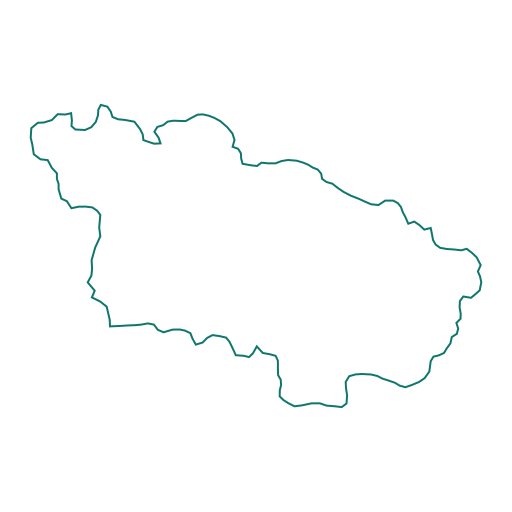 the district of Guaranésia, Minas Gerais, Brazil, rotated 90°
{"feature_id": "56859067B62270278067263", "entity_name": "Guaranésia", "entity_type": "district", "adm_level": 2, "iso_a3": "BRA", "parent_name": "Brazil", "parent_adm1": "Minas Gerais", "projection": "albers", "projection_center": [-46.812, -21.278], "detail": "fine", "context": "isolated", "style": "outline", "palette": "teal", "viewbox_px": 512, "rotation_deg": 90, "n_neighbors": 0, "source": "geoboundaries", "source_scale": "gbopen_adm2", "svg_char_len": 2658}
<svg xmlns="http://www.w3.org/2000/svg" viewBox="0 0 512 512"><g transform="rotate(90 256 256)"><path d="M128.2,480.7L137.8,481.3L144.5,479.7L154.3,478.2L159.3,471.5L160.1,464.3L167.8,460.2L173.3,455.1L178.9,455.1L183.9,453.4L189.3,453.4L198.6,450.7L201.2,445.1L208.2,440.6L206.7,433.4L206.6,426.5L207.4,419.7L210.7,414.9L214.9,411.7L227.5,412.8L236.4,411.7L247.5,416.8L260.2,420.4L268.7,419.9L275.6,420.6L282.4,424.3L290.7,417.3L297.4,420.1L301.6,411.7L306.7,405.3L319.7,402.3L326.4,402.0L325.9,391.3L325.4,383.1L325.2,377.3L324.6,370.7L323.4,364.2L324.6,358.1L329.8,354.2L332.3,348.4L329.6,339.5L329.5,332.2L330.6,327.0L333.2,321.6L338.6,319.5L344.6,316.2L342.6,309.5L337.8,304.7L335.1,299.4L336.1,292.5L337.6,285.9L341.8,282.5L348.2,279.4L355.2,276.2L355.8,268.1L357.1,263.0L353.4,259.1L346.4,255.2L353.0,249.2L354.2,242.3L355.8,236.4L360.7,234.1L368.7,234.1L375.2,233.9L379.6,231.3L385.0,230.9L390.2,232.2L396.4,232.3L400.0,228.6L402.9,224.2L406.3,217.5L405.3,209.7L403.3,200.3L403.3,192.2L405.6,185.5L406.3,176.9L407.1,170.3L403.5,165.5L395.4,164.9L388.2,166.0L382.0,166.3L376.2,162.8L374.4,156.4L374.0,150.2L374.5,140.8L376.0,134.6L378.6,129.6L380.4,123.9L382.7,117.2L385.6,112.4L387.2,106.6L385.0,100.2L382.0,93.0L378.2,87.4L371.6,82.7L361.2,81.3L356.6,78.5L355.4,73.3L353.0,68.0L348.6,65.4L343.4,61.6L337.0,60.2L333.9,55.2L328.6,53.8L322.9,55.6L318.8,51.5L313.6,51.3L307.4,52.4L301.1,52.1L296.5,48.7L297.8,41.0L294.2,36.6L290.3,32.3L282.3,30.7L276.3,32.0L271.5,34.1L265.1,31.3L257.3,35.4L253.0,39.9L248.8,45.3L250.3,50.8L249.5,57.7L249.0,65.2L247.8,71.9L244.6,76.3L240.0,79.0L234.8,79.9L228.0,81.3L229.6,87.7L225.0,92.7L221.6,97.7L223.7,103.7L217.1,106.6L212.0,109.3L207.1,111.0L203.2,114.1L200.6,118.8L200.6,126.8L205.0,133.5L204.3,140.8L201.6,147.1L198.8,153.2L195.7,161.1L192.1,168.1L187.9,174.3L183.7,179.6L182.0,185.5L178.9,189.9L173.7,190.8L169.6,194.2L167.5,199.4L164.8,203.6L162.7,208.6L160.7,215.3L160.0,223.9L161.0,230.3L163.3,236.4L163.3,244.2L162.7,250.6L166.0,255.0L165.2,261.6L163.8,269.4L158.7,270.8L153.3,271.1L148.8,273.9L146.8,279.4L140.0,277.5L133.6,279.5L127.1,284.8L121.2,291.6L117.9,297.6L115.7,303.3L114.4,309.0L114.7,314.5L117.8,320.4L121.1,326.4L120.9,333.3L120.7,338.7L121.6,344.3L125.2,348.9L126.9,354.6L131.7,357.6L137.7,353.4L143.4,351.5L143.7,357.9L141.9,363.4L140.1,368.6L134.3,369.3L129.0,372.0L121.7,377.6L119.9,387.3L119.3,393.8L117.0,399.5L111.5,401.3L106.7,404.6L104.9,411.2L109.8,413.7L115.3,414.0L121.9,416.2L127.2,420.7L130.0,427.0L129.5,436.6L126.1,440.5L120.4,440.1L113.2,440.9L114.5,446.5L114.2,454.3L120.1,460.2L122.5,468.2L122.8,474.2L128.2,480.7Z" fill="none" stroke="#0f766e" stroke-width="2"/></g></svg>